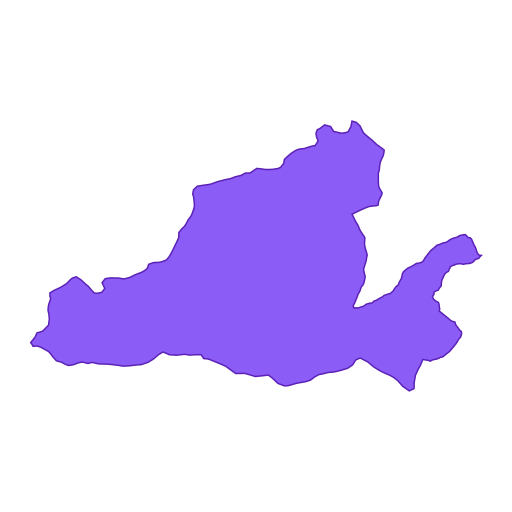 Ugunja, Nyanza, Kenya (Mercator projection)
{"feature_id": "3690345B50219798141587", "entity_name": "Ugunja", "entity_type": "district", "adm_level": 2, "iso_a3": "KEN", "parent_name": "Kenya", "parent_adm1": "Nyanza", "projection": "mercator", "projection_center": [34.363, 0.207], "detail": "fine", "context": "isolated", "style": "filled", "palette": "violet", "viewbox_px": 512, "rotation_deg": 0, "n_neighbors": 0, "source": "geoboundaries", "source_scale": "gbopen_adm2", "svg_char_len": 5814}
<svg xmlns="http://www.w3.org/2000/svg" viewBox="0 0 512 512"><path d="M284.5,385.9L288.0,385.7L292.0,384.6L296.5,383.3L300.9,382.5L305.5,381.7L310.3,380.2L314.7,376.9L318.9,374.6L323.1,373.8L328.1,372.5L334.4,371.9L340.7,370.4L347.6,368.3L352.6,364.9L355.8,359.9L360.2,358.0L367.9,362.0L373.6,366.8L378.6,370.0L383.4,372.5L390.1,375.4L394.1,377.7L397.8,380.7L402.7,386.3L409.3,390.9L414.0,388.6L414.2,382.5L415.4,375.4L418.1,369.4L420.4,365.4L422.8,359.5L428.4,360.4L430.2,361.2L431.9,360.2L434.1,359.5L436.2,359.2L438.7,358.3L440.6,357.2L442.5,357.0L443.8,356.0L445.4,354.7L447.0,353.4L448.2,352.5L449.5,351.5L451.0,349.8L452.7,347.7L454.0,346.2L455.0,344.9L456.1,343.6L457.2,341.9L458.1,340.2L459.1,338.7L460.4,337.4L461.1,335.7L461.6,333.9L461.4,331.6L459.4,329.8L458.0,327.7L456.4,325.9L455.6,324.4L454.9,322.0L453.1,321.5L451.5,321.0L450.1,320.0L448.8,318.8L439.3,311.1L439.7,309.0L439.4,307.3L439.1,304.6L438.5,302.5L437.2,301.8L435.7,301.0L434.5,300.0L433.3,298.8L432.5,296.5L434.0,294.2L433.9,292.3L436.0,290.9L438.4,290.1L439.0,288.6L440.0,287.3L441.2,286.0L441.4,282.7L441.9,280.1L442.9,278.0L443.6,276.3L444.8,274.0L446.3,272.4L448.4,271.4L449.2,269.3L449.9,267.9L450.6,266.6L452.0,265.7L454.3,265.1L456.1,264.2L458.4,263.8L460.2,263.7L461.9,264.0L463.6,264.3L465.2,263.8L467.5,263.6L470.1,263.4L472.0,262.6L473.7,261.5L474.9,259.9L476.3,259.1L478.7,258.4L479.8,256.9L481.3,255.4L479.2,255.2L478.1,254.2L477.0,252.2L475.8,248.5L475.1,246.8L473.6,244.1L473.1,242.7L472.1,240.5L471.4,238.9L470.1,237.8L468.1,237.5L466.9,236.2L465.6,234.7L463.7,234.7L461.8,235.1L460.2,235.4L458.5,236.2L457.3,237.1L455.5,237.6L453.6,238.1L451.4,239.0L449.2,240.2L447.2,241.8L445.2,242.6L443.1,242.9L441.2,243.8L439.4,244.5L436.8,245.3L435.0,247.0L433.4,248.4L431.9,249.6L430.7,250.6L429.4,252.3L428.2,253.7L426.9,255.5L425.4,257.4L424.5,258.6L423.9,260.0L422.9,261.4L420.9,262.6L418.4,263.2L416.4,263.4L414.8,264.5L412.3,266.0L410.7,266.9L409.3,267.4L407.5,268.4L405.5,270.0L403.7,271.5L402.6,273.3L402.2,275.0L401.8,276.5L401.4,278.5L400.1,280.7L399.3,282.0L398.7,283.6L398.1,285.2L396.6,286.1L394.5,288.6L393.5,290.6L392.0,292.0L390.1,293.6L388.5,293.9L383.9,295.5L382.7,296.7L379.1,298.6L376.1,300.4L374.1,301.0L372.0,303.1L369.5,303.2L367.6,303.8L365.8,304.4L364.8,305.4L363.4,306.3L361.1,306.9L358.8,307.8L356.7,307.9L353.8,307.9L353.2,305.7L354.1,304.0L354.9,302.4L355.9,300.0L356.8,297.8L357.5,295.9L358.2,294.0L359.1,292.5L360.1,290.6L360.7,288.5L361.3,286.9L362.6,285.4L363.7,283.5L364.4,280.9L364.9,278.6L365.2,276.9L364.8,275.0L364.2,272.7L363.6,269.6L364.0,267.8L364.4,266.4L364.9,264.8L365.3,263.4L365.9,261.8L366.3,260.0L366.6,257.8L367.2,255.0L366.5,252.2L365.8,250.0L365.2,247.8L364.7,245.7L364.5,243.9L364.6,241.6L364.8,239.4L364.8,237.6L363.9,236.1L362.4,233.9L360.4,230.9L359.5,229.0L358.8,227.3L358.2,225.7L357.3,224.2L356.4,222.7L355.4,221.0L354.4,219.0L353.6,217.3L352.9,215.9L352.0,214.2L353.9,213.3L355.9,212.3L357.8,211.4L359.4,210.6L361.0,209.9L362.5,209.2L364.2,208.4L365.8,207.8L367.7,207.0L369.3,206.5L371.4,206.2L373.7,205.9L375.9,205.8L378.1,205.1L378.4,202.6L378.9,200.4L379.8,198.7L380.9,196.5L381.8,194.6L382.1,192.8L380.6,190.2L379.3,187.9L378.6,185.9L378.5,184.1L378.4,181.9L378.3,179.2L378.4,177.6L378.3,174.9L378.4,172.9L379.0,171.1L379.4,168.9L379.5,167.5L379.7,165.7L380.2,162.5L381.2,160.0L382.1,158.0L382.9,156.4L383.5,154.6L383.9,152.6L384.2,150.1L382.9,149.0L380.8,147.5L377.2,144.9L375.8,143.7L373.2,141.2L371.8,140.0L370.6,139.0L367.8,136.7L365.0,134.3L363.3,132.5L362.5,131.0L361.8,129.6L360.1,126.0L356.2,122.3L352.0,121.1L350.9,126.7L348.1,131.8L345.4,132.7L341.7,133.2L339.2,132.7L333.6,131.4L330.6,126.5L324.6,124.9L320.5,128.1L319.1,128.9L317.3,129.7L316.0,133.2L316.2,135.1L316.6,137.1L318.1,141.0L315.1,145.6L312.4,146.0L308.6,147.1L306.8,147.7L304.5,148.5L299.8,149.0L297.4,149.7L295.1,150.8L291.5,153.1L287.9,156.1L284.4,159.4L284.1,161.1L283.6,163.6L280.5,167.4L278.0,168.5L272.9,169.3L269.9,169.5L265.7,169.5L263.5,169.2L261.4,168.9L256.8,168.4L250.0,173.0L245.5,173.0L240.8,175.5L235.2,176.8L230.6,178.6L225.0,179.7L222.2,180.5L218.4,181.4L214.4,182.8L212.0,183.7L209.5,184.4L203.0,185.3L197.3,186.2L195.4,188.0L193.5,189.8L192.7,194.1L193.3,195.8L193.7,197.7L194.3,203.3L194.4,205.9L193.9,208.5L192.3,213.2L191.7,214.7L190.6,216.7L188.1,219.9L186.1,223.9L184.5,226.3L181.6,229.1L180.1,231.0L178.9,232.4L178.7,237.7L176.6,242.3L175.6,244.2L174.6,246.4L172.0,251.7L169.3,256.5L166.5,259.9L162.2,261.6L159.6,262.3L153.5,262.6L148.7,264.3L147.3,268.4L144.4,270.7L142.9,271.6L141.3,272.4L137.7,273.8L135.8,274.5L133.8,275.4L130.1,277.3L124.8,278.8L122.2,278.7L118.6,278.0L116.7,278.0L114.8,278.0L110.2,277.9L105.2,278.7L102.1,282.7L104.8,288.5L101.8,292.3L97.9,293.2L96.0,293.2L94.1,292.9L91.2,289.8L88.5,286.5L87.2,285.4L85.9,284.4L83.2,281.9L80.7,279.6L76.2,276.8L73.3,277.7L71.6,278.6L70.3,279.8L66.7,283.5L62.7,286.1L61.0,287.1L59.2,288.0L54.5,290.2L49.9,292.9L50.0,296.5L50.7,298.7L48.9,303.8L48.3,306.7L48.0,310.3L48.9,314.3L49.3,319.1L48.5,325.2L44.8,329.0L43.0,330.8L41.5,331.6L37.0,332.9L35.2,336.9L30.7,342.6L32.3,344.8L33.0,346.3L37.1,346.0L40.6,347.1L42.0,347.9L46.9,350.6L48.7,351.6L51.4,354.8L52.5,356.4L56.4,360.8L61.5,362.2L63.1,363.1L64.9,364.1L68.5,365.5L73.5,364.7L78.8,362.7L81.5,362.2L83.5,362.3L87.9,363.5L92.1,362.4L98.7,363.9L107.4,364.1L114.0,364.8L119.0,365.4L121.3,365.9L123.6,366.1L129.6,365.8L135.1,365.1L141.3,364.6L147.8,362.4L153.2,359.2L158.6,354.6L162.9,352.0L167.2,353.7L169.2,354.7L176.0,355.2L181.0,354.7L183.7,354.4L185.2,354.4L189.5,355.1L195.6,354.7L201.1,354.7L203.8,358.6L207.5,358.9L209.1,359.3L214.3,361.4L220.6,364.0L225.8,366.3L229.4,369.0L235.7,373.5L244.2,373.4L246.0,373.7L255.4,376.5L263.1,375.7L265.8,375.4L268.3,375.0L272.7,378.4L277.9,383.4L284.5,385.9Z" fill="#8b5cf6" stroke="#5b21b6" stroke-width="1.5"/></svg>